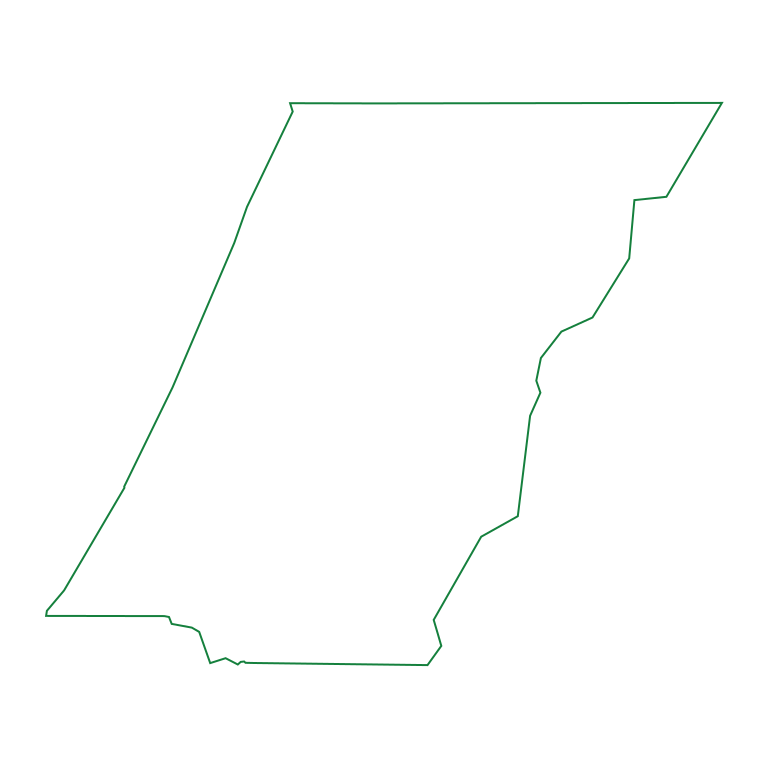 outline of Cambria, Pennsylvania, United States of America
{"feature_id": "52423323B19514206676815", "entity_name": "Cambria", "entity_type": "district", "adm_level": 2, "iso_a3": "USA", "parent_name": "United States of America", "parent_adm1": "Pennsylvania", "projection": "robinson", "projection_center": [-78.751, 40.484], "detail": "fine", "context": "isolated", "style": "outline", "palette": "green", "viewbox_px": 768, "rotation_deg": 0, "n_neighbors": 0, "source": "geoboundaries", "source_scale": "gbopen_adm2", "svg_char_len": 627}
<svg xmlns="http://www.w3.org/2000/svg" viewBox="0 0 768 768"><path d="M46.1,615.9L164.4,616.1L169.0,617.0L171.7,623.9L191.8,627.6L199.2,631.9L210.2,663.1L225.6,658.2L237.8,664.5L240.7,661.9L244.1,661.5L245.5,662.8L254.2,663.0L427.5,665.1L441.3,645.9L437.5,632.8L436.0,627.7L433.7,619.9L463.9,567.0L481.2,536.7L517.8,516.2L530.1,415.8L540.4,392.7L536.3,380.7L540.9,358.0L561.4,331.6L592.5,317.5L629.2,258.4L634.4,200.1L666.4,196.8L721.9,102.9L375.2,103.4L290.1,103.2L292.7,111.6L247.0,206.9L234.2,243.1L172.6,387.3L124.2,486.6L124.4,487.8L64.1,590.4L46.9,610.8L46.1,615.9Z" fill="none" stroke="#15803d" stroke-width="2"/></svg>